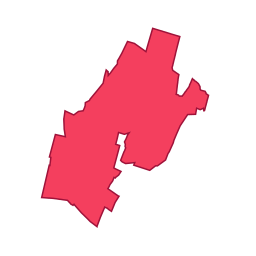 the district of Tixmehuac, Yucatán, Mexico, rotated 189°
{"feature_id": "50627088B886446566830", "entity_name": "Tixmehuac", "entity_type": "district", "adm_level": 2, "iso_a3": "MEX", "parent_name": "Mexico", "parent_adm1": "Yucatán", "projection": "natural_earth1", "projection_center": [-89.11, 20.248], "detail": "fine", "context": "isolated", "style": "filled", "palette": "rose", "viewbox_px": 256, "rotation_deg": 189, "n_neighbors": 0, "source": "geoboundaries", "source_scale": "gbopen_adm2", "svg_char_len": 3488}
<svg xmlns="http://www.w3.org/2000/svg" viewBox="0 0 256 256"><g transform="rotate(189 128 128)"><path d="M201.1,87.1L199.6,86.9L199.3,78.8L200.0,78.9L202.3,47.2L202.4,45.8L201.5,45.9L195.1,46.4L194.9,46.5L194.5,46.5L193.4,46.6L192.5,46.7L192.3,46.7L191.7,46.7L191.2,46.8L190.6,46.8L189.8,46.8L187.7,46.9L185.2,46.9L184.4,46.9L184.2,46.9L183.3,47.0L181.1,47.0L176.5,47.1L176.1,46.8L175.6,46.4L175.0,45.9L174.6,45.6L174.2,45.3L173.9,45.1L173.2,44.5L173.0,44.3L172.5,43.9L172.2,43.7L171.8,43.6L171.5,43.5L171.0,43.4L170.8,43.3L170.2,43.0L169.6,43.9L169.4,44.2L169.0,43.8L160.8,37.0L154.0,32.2L150.7,29.7L144.1,26.2L143.2,25.7L143.2,26.2L141.3,35.6L138.7,45.9L138.7,46.2L135.9,45.5L134.4,44.5L131.3,43.1L130.5,46.4L129.1,52.4L126.2,59.2L127.1,59.4L138.4,64.9L137.6,66.9L136.9,69.4L135.5,72.0L134.8,73.5L134.1,77.0L132.8,76.6L132.4,77.4L129.9,80.0L129.0,82.0L128.1,84.0L129.8,84.5L134.7,85.9L134.7,86.0L135.8,86.4L134.6,97.7L134.6,97.8L133.4,109.4L136.2,109.8L137.6,110.0L137.4,111.9L137.2,113.8L137.0,116.0L136.8,119.0L136.7,120.6L136.6,122.1L130.6,121.2L126.2,123.4L127.2,121.4L128.2,117.1L129.3,113.7L128.8,112.8L128.1,111.5L128.0,109.3L127.6,108.7L127.2,108.0L127.9,104.7L128.2,104.0L128.4,103.2L130.2,94.9L128.8,93.8L127.5,93.3L124.8,92.5L115.9,94.9L116.5,92.2L99.9,89.6L94.8,95.0L93.0,95.2L85.9,102.3L84.5,109.0L83.6,110.9L81.0,120.4L80.8,122.4L80.7,123.2L79.0,130.1L76.8,138.4L71.2,150.6L63.4,152.1L63.3,158.3L59.6,157.4L56.6,159.3L55.8,156.9L55.2,157.1L55.1,157.4L55.1,157.8L55.0,158.4L54.9,159.6L54.9,160.1L54.8,160.7L54.7,161.9L54.7,162.1L54.6,162.3L54.6,162.8L54.5,163.5L54.4,164.5L54.4,164.9L54.3,165.4L54.2,166.2L54.2,167.1L54.1,167.9L54.0,168.7L53.9,169.6L53.8,170.4L53.7,171.3L53.7,171.6L53.6,172.6L53.6,172.9L54.3,173.1L55.0,173.6L55.9,173.8L56.4,174.4L56.4,174.8L57.6,176.3L61.9,176.7L62.8,177.6L63.4,180.2L65.4,182.8L68.3,184.6L68.9,184.8L69.7,185.1L70.0,185.4L70.0,185.6L70.8,185.9L71.0,186.1L71.3,186.2L72.1,186.8L72.2,186.4L72.3,186.2L72.8,184.1L72.9,183.6L73.3,182.1L73.9,180.1L73.9,179.5L74.0,178.8L74.6,177.3L74.8,177.0L75.3,176.1L75.6,175.4L76.0,174.8L76.4,173.7L76.7,173.3L77.0,172.9L77.4,172.1L77.5,171.7L77.7,171.4L78.1,170.5L78.2,170.2L78.4,170.0L78.6,169.6L79.1,168.7L79.3,168.5L79.4,168.2L79.5,167.9L80.1,167.9L80.6,167.8L80.9,167.8L81.2,167.7L82.0,167.6L82.4,167.6L82.8,167.9L83.1,168.3L83.4,168.5L83.8,168.5L84.4,168.7L84.8,168.7L85.4,168.7L85.7,168.8L85.6,169.2L86.0,178.7L86.0,180.6L86.1,181.4L86.1,183.1L86.2,183.6L86.2,184.5L86.2,185.0L86.2,186.0L86.2,186.4L86.2,186.8L86.1,187.8L86.1,188.7L86.7,189.0L87.8,189.5L88.6,189.9L89.3,190.2L89.6,190.4L89.8,190.5L90.2,190.7L90.6,190.8L91.0,191.1L91.3,191.2L92.0,191.5L92.8,191.9L93.2,192.9L93.5,193.5L93.9,194.6L93.7,196.2L93.6,197.0L93.6,197.3L93.5,198.9L93.4,199.6L93.4,200.2L93.3,201.4L93.2,202.6L93.0,204.4L93.0,205.2L92.9,205.7L92.9,206.4L92.8,206.9L92.7,208.5L92.7,209.1L92.7,209.3L92.0,217.1L91.1,226.4L99.3,227.5L119.2,230.3L121.7,210.7L122.2,206.2L127.8,209.0L131.4,210.8L132.4,211.3L133.3,211.7L134.4,212.3L134.8,212.5L142.0,213.4L145.8,200.8L147.7,195.6L148.9,192.7L148.5,189.5L151.4,184.7L153.8,179.9L154.0,179.5L155.7,176.8L156.0,178.8L156.5,179.8L156.4,180.4L158.6,181.9L159.2,176.3L159.3,175.6L159.6,168.3L164.6,159.6L169.9,150.7L170.4,149.1L174.1,146.4L173.8,143.3L174.2,140.9L175.0,138.0L179.5,136.6L183.6,132.4L191.7,134.7L192.9,135.1L192.8,128.1L192.8,126.8L191.1,118.3L190.9,117.1L188.5,109.6L198.7,110.2L200.5,92.8L201.1,87.1Z" fill="#f43f5e" stroke="#9f1239" stroke-width="1.5"/></g></svg>